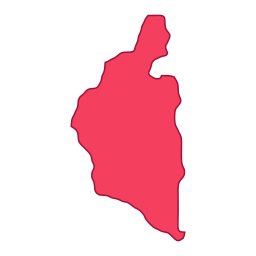 Cabral, Barahona, Dominican Republic (Mercator projection)
{"feature_id": "3306468B71944669665179", "entity_name": "Cabral", "entity_type": "district", "adm_level": 2, "iso_a3": "DOM", "parent_name": "Dominican Republic", "parent_adm1": "Barahona", "projection": "mercator", "projection_center": [-71.231, 18.209], "detail": "fine", "context": "isolated", "style": "filled", "palette": "rose", "viewbox_px": 256, "rotation_deg": 0, "n_neighbors": 0, "source": "geoboundaries", "source_scale": "gbopen_adm2", "svg_char_len": 3071}
<svg xmlns="http://www.w3.org/2000/svg" viewBox="0 0 256 256"><path d="M174.2,77.0L172.1,76.3L169.3,75.8L166.4,75.6L161.5,75.6L160.9,77.2L160.5,77.7L159.9,78.2L159.3,78.5L158.6,78.7L157.2,78.8L155.7,78.7L154.9,78.5L153.0,77.5L150.7,76.1L149.7,75.3L149.2,74.8L148.9,74.1L148.7,73.5L148.8,72.1L149.3,70.8L150.2,69.0L150.7,67.7L151.8,63.3L152.5,61.9L153.4,60.8L154.5,59.8L155.1,59.4L161.1,56.6L162.5,56.2L164.5,55.8L165.8,55.4L166.3,55.1L166.8,54.6L167.1,54.1L167.3,53.4L167.3,52.2L165.8,48.7L165.7,48.0L165.6,46.6L166.0,45.2L167.6,42.1L169.5,37.6L169.8,36.4L169.9,35.7L169.8,35.0L169.5,34.3L168.8,33.1L166.5,30.0L165.7,28.6L165.5,27.8L165.1,25.3L164.8,19.5L164.5,18.0L164.2,17.3L163.7,16.7L163.1,16.2L162.5,15.9L161.7,15.7L160.2,15.4L156.9,15.4L148.1,15.5L146.2,17.9L145.4,19.1L144.2,21.9L142.2,25.8L141.7,27.3L141.1,30.3L140.7,31.8L139.1,35.1L138.6,36.5L137.9,40.4L137.4,41.9L135.7,45.8L134.5,49.8L134.2,50.4L133.7,51.0L133.1,51.4L132.5,51.7L131.0,52.0L124.3,52.3L122.6,52.6L121.8,52.8L121.1,53.1L119.7,54.0L115.9,57.0L114.5,57.9L111.7,59.2L107.9,61.4L105.2,62.4L104.7,68.5L104.3,70.8L103.8,72.3L102.3,75.6L101.9,77.0L101.3,80.1L100.9,81.6L99.9,83.5L98.1,86.4L97.2,87.4L95.8,88.1L94.3,88.4L90.2,88.8L88.6,89.3L87.9,89.6L86.2,90.8L85.3,91.9L83.7,93.9L81.1,95.9L80.1,96.9L79.3,98.1L78.6,99.5L78.4,100.3L77.9,105.5L77.3,108.0L76.7,109.3L75.4,111.9L74.2,114.7L72.5,117.9L72.0,119.3L71.6,121.7L71.2,126.4L74.6,128.6L75.7,129.6L76.7,130.7L77.4,132.0L77.9,133.5L78.5,139.8L78.9,141.3L79.2,142.0L80.1,143.4L81.2,144.7L87.2,150.7L89.0,152.6L90.4,154.6L91.1,156.1L92.1,160.6L92.6,162.0L93.5,163.9L94.0,165.2L94.1,166.7L94.1,167.4L93.7,168.8L92.5,171.3L92.0,172.7L91.8,174.2L91.8,176.5L92.1,178.1L93.7,181.3L94.1,182.7L94.4,184.3L94.8,189.0L95.1,190.6L95.8,192.0L96.7,193.1L97.8,194.0L99.2,194.7L100.8,195.0L105.5,195.4L107.1,195.6L108.5,196.1L111.8,197.7L113.3,198.1L117.1,198.9L118.5,199.4L121.8,201.0L123.3,201.5L126.3,202.1L127.8,202.6L128.5,203.0L129.9,203.9L133.8,206.9L135.1,207.8L137.2,208.8L138.6,209.6L139.9,210.5L141.1,211.7L142.8,213.5L143.8,214.8L144.5,216.2L145.4,218.3L146.3,219.7L147.2,220.9L148.9,222.8L151.2,225.1L153.0,226.7L154.3,227.7L155.7,228.4L157.9,229.3L160.4,230.7L161.8,231.3L163.3,231.7L166.3,232.3L167.8,232.8L168.5,233.2L170.4,234.6L175.0,239.1L176.2,239.9L176.8,240.3L177.5,240.5L178.2,240.6L178.8,240.6L179.5,240.4L180.6,239.8L183.0,238.3L183.7,236.8L184.2,235.3L184.8,232.2L181.9,232.0L180.5,231.7L179.9,231.4L179.3,231.0L178.8,230.4L178.4,229.7L178.2,228.9L178.0,227.3L177.9,224.7L178.1,209.9L178.0,189.6L178.2,186.0L178.7,183.3L179.3,181.8L180.2,180.5L182.8,177.4L184.0,175.3L184.4,173.8L184.5,172.2L184.4,170.7L184.1,169.2L182.3,165.3L181.9,163.6L181.6,161.8L181.4,157.2L181.5,142.2L181.4,139.4L181.2,137.6L180.4,135.2L178.7,132.0L177.5,129.2L175.5,125.3L175.0,123.6L174.8,121.8L174.6,118.2L174.7,114.5L174.9,111.8L175.3,110.1L175.6,109.3L176.4,107.9L179.8,103.5L180.5,102.1L180.7,100.6L180.7,99.9L180.4,98.5L179.0,95.3L178.6,93.7L178.3,91.2L178.0,86.0L177.6,83.4L176.7,81.3L174.2,77.0Z" fill="#f43f5e" stroke="#9f1239" stroke-width="1.5"/></svg>